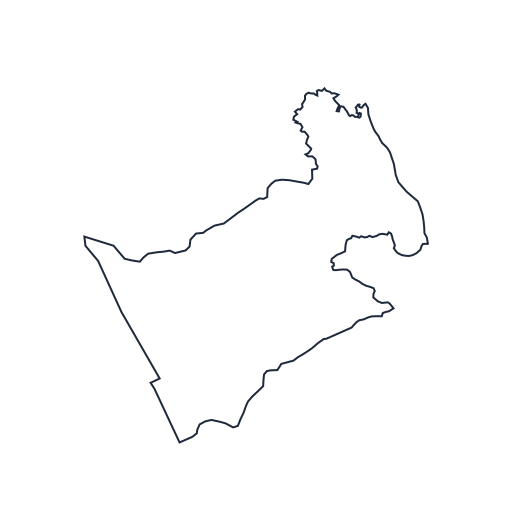 outline of Jasin, Melaka, Malaysia, rotated 226°
{"feature_id": "92858781B12493975333595", "entity_name": "Jasin", "entity_type": "district", "adm_level": 2, "iso_a3": "MYS", "parent_name": "Malaysia", "parent_adm1": "Melaka", "projection": "orthographic", "projection_center": [102.436, 2.295], "detail": "fine", "context": "isolated", "style": "outline", "palette": "slate", "viewbox_px": 512, "rotation_deg": 226, "n_neighbors": 0, "source": "geoboundaries", "source_scale": "gbopen_adm2", "svg_char_len": 3470}
<svg xmlns="http://www.w3.org/2000/svg" viewBox="0 0 512 512"><g transform="rotate(226 256 256)"><path d="M175.0,71.5L170.1,84.8L169.6,90.3L171.8,93.0L174.0,98.5L172.3,104.6L169.0,110.1L162.4,114.5L156.9,117.8L148.6,120.5L146.4,125.0L149.2,131.0L151.9,138.2L155.2,144.8L156.9,149.2L157.5,155.8L157.4,164.6L157.4,170.7L161.9,175.6L165.2,179.5L165.7,183.9L163.5,187.2L159.1,192.1L160.8,199.3L154.7,210.3L154.1,215.8L152.5,222.4L150.8,231.8L150.3,240.0L149.2,247.2L147.7,248.9L138.1,275.1L138.4,278.2L138.6,282.3L138.1,285.5L135.7,289.3L133.6,294.7L132.1,297.4L130.0,299.7L128.2,301.7L125.3,304.6L126.9,307.6L125.7,310.3L123.9,313.2L122.8,318.6L128.9,319.1L131.1,318.6L134.8,313.9L139.0,312.1L141.7,311.9L144.7,311.6L147.2,314.3L148.3,317.1L151.2,318.2L154.6,316.6L158.0,314.6L161.8,313.2L166.1,312.5L170.4,311.0L173.6,310.3L176.0,311.2L179.0,312.5L182.8,312.1L185.7,309.4L188.0,306.7L190.0,304.0L192.1,301.9L195.4,303.3L195.0,305.3L196.8,306.9L199.5,306.0L201.3,308.5L200.6,315.0L198.8,319.3L197.5,323.4L200.0,326.1L202.2,328.8L204.2,332.2L203.8,334.6L202.7,336.7L203.6,339.4L200.6,341.4L197.5,343.0L197.2,345.3L193.9,347.1L192.3,349.3L191.8,351.6L188.7,352.9L186.6,356.8L186.0,359.7L183.9,362.6L181.9,364.0L180.1,365.3L180.8,368.0L178.3,368.7L175.4,367.4L172.9,365.8L169.5,364.4L167.0,363.1L165.9,360.6L163.2,360.1L160.0,359.9L157.3,360.8L155.1,361.7L151.7,364.2L149.4,366.5L147.6,369.8L146.5,373.7L146.3,378.6L148.1,381.8L148.7,384.5L147.4,385.9L145.6,387.9L144.7,387.7L150.6,391.7L155.5,393.1L159.4,396.6L164.7,400.8L170.3,404.7L177.0,407.9L183.0,410.4L190.1,409.7L197.8,409.0L203.5,409.3L210.2,409.7L217.2,412.8L226.6,419.2L237.1,424.2L239.4,424.8L242.3,425.4L244.3,425.5L246.8,425.4L249.7,425.2L253.9,426.3L256.6,427.3L259.2,427.7L262.7,428.1L265.6,428.9L272.5,431.7L279.6,435.1L284.8,439.4L289.4,440.5L289.5,440.5L289.7,437.5L289.1,435.5L289.7,434.6L291.7,433.9L293.0,435.6L293.6,435.3L294.0,434.2L293.6,432.0L293.6,430.9L292.3,430.4L290.7,429.7L289.1,427.8L287.6,428.6L286.3,427.6L286.9,429.9L285.6,430.4L283.6,428.0L283.7,426.5L286.2,425.1L287.2,423.9L289.4,423.7L290.8,422.8L291.3,420.9L292.4,420.6L297.4,422.0L298.5,422.0L302.6,422.6L304.9,420.8L304.2,418.8L302.4,416.1L304.2,414.7L305.3,416.8L306.7,420.6L312.5,420.6L315.7,421.3L314.8,425.1L314.8,427.4L318.8,425.3L320.4,423.3L322.7,423.3L324.5,422.2L326.3,421.3L329.0,421.7L329.0,421.1L329.0,418.1L331.9,416.3L332.4,414.5L328.8,411.6L330.3,410.9L332.8,410.4L335.1,408.2L336.9,407.3L337.6,404.8L337.3,402.6L334.6,400.1L334.2,398.9L333.3,395.1L333.3,394.7L330.8,392.9L330.6,389.5L332.4,388.3L332.8,384.3L329.4,384.1L329.9,380.2L328.1,377.5L324.0,378.9L324.3,377.3L322.2,378.4L320.2,379.8L316.4,378.9L315.2,375.3L313.7,375.3L311.6,377.3L307.1,377.1L305.5,376.6L304.2,373.5L302.1,370.1L296.7,370.3L294.9,370.3L294.2,368.9L293.6,364.9L294.7,362.2L291.5,362.6L288.4,365.8L284.3,366.0L282.5,364.7L280.7,363.1L277.6,362.6L276.4,360.6L279.2,356.3L272.5,350.2L271.4,343.6L275.3,341.4L285.2,334.2L287.4,332.6L292.9,327.6L296.8,322.1L297.3,317.2L296.8,311.6L290.7,305.0L291.8,301.2L295.1,298.4L296.2,294.0L297.3,286.3L298.4,279.2L299.5,273.6L301.7,255.5L306.7,247.2L308.9,238.4L309.4,234.0L313.8,228.5L313.3,220.2L308.9,214.7L308.9,209.2L314.4,199.8L319.9,197.6L323.2,192.7L327.6,187.2L332.6,180.0L333.1,174.0L332.6,168.5L339.2,163.5L345.2,159.6L355.1,160.2L362.3,160.7L389.2,146.0L381.8,140.4L362.1,139.0L309.2,120.3L234.8,101.6L238.0,92.1L231.0,90.7L175.0,71.5Z" fill="none" stroke="#1e293b" stroke-width="2"/></g></svg>